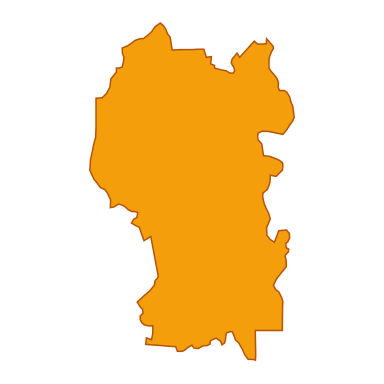 Kuala Lumpur, Kuala Lumpur, Malaysia (Robinson projection)
{"feature_id": "92858781B79427410842699", "entity_name": "Kuala Lumpur", "entity_type": "district", "adm_level": 2, "iso_a3": "MYS", "parent_name": "Malaysia", "parent_adm1": "Kuala Lumpur", "projection": "robinson", "projection_center": [101.697, 3.14], "detail": "fine", "context": "isolated", "style": "filled", "palette": "amber", "viewbox_px": 384, "rotation_deg": 0, "n_neighbors": 0, "source": "geoboundaries", "source_scale": "gbopen_adm2", "svg_char_len": 2736}
<svg xmlns="http://www.w3.org/2000/svg" viewBox="0 0 384 384"><path d="M255.4,361.0L255.7,354.8L255.3,330.5L282.3,330.5L282.6,305.9L282.9,301.6L281.6,297.4L280.2,294.7L278.9,292.0L275.8,289.7L273.4,285.4L276.5,278.9L286.3,266.6L286.3,263.1L286.0,259.2L285.0,256.5L285.7,254.6L288.4,251.9L288.7,249.2L286.3,247.7L285.7,243.8L288.0,241.5L289.7,237.7L289.4,233.4L286.3,229.9L283.3,230.3L278.8,230.7L274.4,242.3L270.3,239.6L266.9,235.3L266.6,227.6L267.3,226.1L270.3,218.8L268.6,213.4L266.2,208.4L264.2,203.7L262.8,197.6L262.8,193.3L267.6,189.1L270.0,182.2L270.3,175.2L276.1,176.4L278.8,173.7L282.3,170.2L282.9,166.8L282.6,162.9L282.3,162.6L279.2,160.2L273.7,157.9L269.7,156.4L263.5,155.6L261.8,144.0L258.1,139.8L257.7,136.3L258.1,133.2L261.8,131.3L267.6,131.3L271.7,132.1L282.9,134.4L287.0,129.4L289.4,125.5L292.5,121.3L294.2,117.4L293.8,114.4L292.8,106.3L290.8,101.6L289.7,97.0L287.0,92.4L284.3,90.5L279.5,90.5L278.2,87.4L278.5,82.8L276.8,78.1L273.7,74.3L271.0,71.2L269.0,68.1L269.0,65.0L269.0,59.6L269.7,56.2L271.4,51.9L273.4,48.5L273.1,46.2L271.0,43.8L266.6,38.8L266.2,43.8L257.7,44.2L254.3,41.1L239.7,57.3L237.0,53.1L234.9,55.8L232.2,58.9L231.2,62.7L232.5,65.4L233.9,67.3L234.6,70.8L233.2,73.1L229.8,73.1L226.4,70.8L221.6,70.0L214.5,68.1L214.5,65.4L210.7,63.9L211.4,56.6L206.3,57.3L203.9,49.2L198.1,49.2L192.7,49.6L187.9,49.6L181.1,49.6L172.2,50.0L170.2,37.3L167.5,33.8L165.8,29.2L163.4,25.7L160.3,23.0L155.2,26.5L151.8,31.5L148.1,35.0L143.6,38.5L139.6,38.8L135.1,40.4L131.0,43.5L127.6,45.8L122.2,48.1L122.5,53.5L123.9,57.3L123.5,61.2L122.2,67.0L118.8,68.1L116.4,68.1L116.4,72.0L110.9,78.9L109.9,87.0L106.5,93.5L102.1,97.8L96.0,98.2L96.0,117.0L96.0,128.6L95.6,137.5L94.6,140.9L93.6,144.8L92.6,150.2L91.5,155.2L90.5,159.4L90.2,166.0L89.8,170.2L91.9,174.8L93.9,179.1L97.3,183.3L100.4,187.6L104.8,189.5L107.2,192.6L110.6,199.9L110.3,207.6L114.3,206.8L117.1,204.9L118.8,204.1L121.8,204.9L125.2,206.8L128.0,209.5L131.7,211.5L134.4,211.5L137.8,212.6L136.8,217.6L133.8,219.2L131.4,223.0L135.1,225.3L139.2,227.2L144.0,240.7L150.8,236.5L158.3,276.6L156.9,278.9L155.2,280.4L154.2,285.4L149.4,291.2L144.7,295.1L137.2,302.0L140.2,307.0L142.6,309.3L143.0,313.2L140.2,315.9L140.2,319.7L141.9,322.8L144.0,324.7L146.7,325.5L149.4,325.9L152.8,325.9L152.8,329.4L152.8,333.2L151.5,339.8L146.4,337.8L145.7,344.4L175.7,346.7L177.4,351.3L182.5,351.3L184.5,350.2L187.9,347.5L192.0,345.2L193.7,347.9L198.1,348.6L202.9,345.9L207.3,345.5L210.1,344.0L210.1,341.3L212.1,339.8L216.2,338.2L220.6,341.3L222.0,344.8L224.4,343.2L225.4,340.5L225.7,336.7L226.4,333.2L229.5,331.7L232.2,331.7L233.9,335.5L235.6,340.2L238.7,342.8L240.4,345.9L242.7,349.8L244.8,354.8L248.2,359.4L251.6,359.4L255.4,359.8L255.4,361.0Z" fill="#f59e0b" stroke="#b45309" stroke-width="1.5"/></svg>